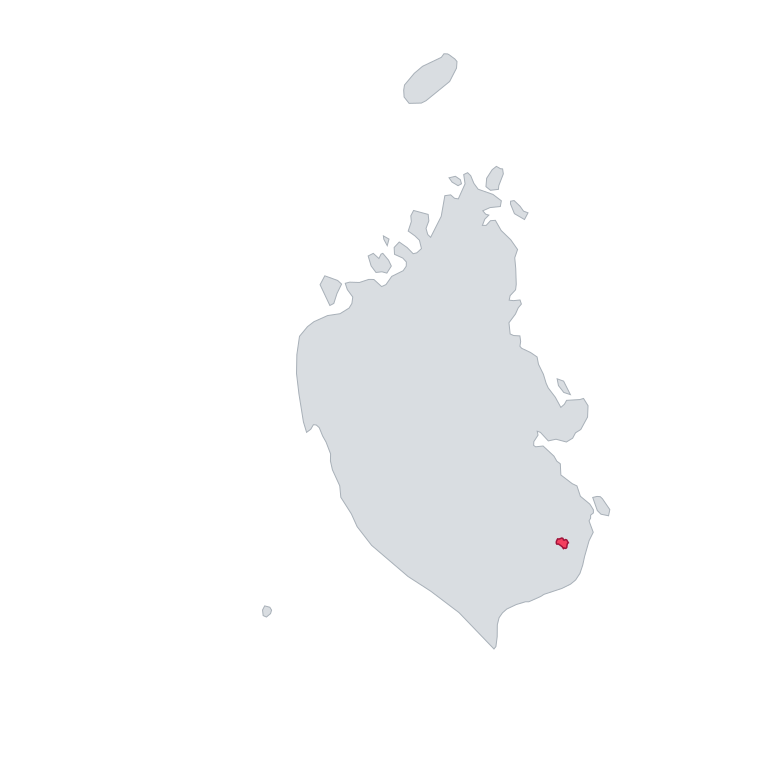 Dongducheon-si, Gyeonggi, South Korea (highlighted), rotated 159°
{"feature_id": "91817680B11345954741605", "entity_name": "Dongducheon-si", "entity_type": "district", "adm_level": 2, "iso_a3": "KOR", "parent_name": "South Korea", "parent_adm1": "Gyeonggi", "projection": "equal_earth", "projection_center": [127.075, 37.911], "detail": "fine", "context": "in_parent", "style": "filled", "palette": "rose", "viewbox_px": 768, "rotation_deg": 159, "n_neighbors": 0, "source": "geoboundaries", "source_scale": "gbopen_adm2", "svg_char_len": 3793}
<svg xmlns="http://www.w3.org/2000/svg" viewBox="0 0 768 768"><g transform="rotate(159 384 384)"><path d="M239.2,184.7L241.6,182.8L241.7,179.9L241.8,170.6L248.7,164.2L258.6,151.0L263.4,143.7L268.9,137.0L275.3,132.4L281.5,130.3L291.3,129.4L310.1,130.3L313.8,129.5L326.9,128.8L330.0,130.0L339.5,130.7L350.1,129.9L355.4,127.9L360.3,124.6L364.5,118.6L368.9,107.5L373.6,98.8L376.3,97.2L395.9,143.7L414.6,173.8L430.5,195.6L453.4,237.8L460.2,260.4L461.0,274.4L464.9,293.7L461.8,304.8L462.9,322.3L461.6,331.3L458.9,337.9L458.9,350.6L459.9,357.4L460.1,366.5L461.9,370.0L464.5,371.3L468.6,368.0L473.6,366.6L472.8,377.5L467.0,405.1L461.9,425.2L454.8,442.7L445.8,458.8L434.8,465.0L427.0,467.3L412.2,468.1L399.9,465.4L389.4,467.4L385.1,470.7L382.0,476.4L384.4,485.3L384.1,491.9L379.6,491.4L370.6,487.6L360.7,487.1L356.0,485.2L351.3,475.8L346.5,476.1L338.2,481.7L325.5,482.9L321.0,486.0L319.4,489.9L321.3,494.8L327.7,501.3L325.6,507.8L318.9,511.1L313.5,503.1L310.1,495.2L306.4,494.7L300.5,497.0L299.4,505.5L302.1,511.3L306.6,518.1L300.3,525.8L298.7,531.4L294.2,535.4L282.0,526.5L283.7,520.2L289.0,514.2L289.6,507.9L287.9,504.2L270.5,520.0L259.7,538.0L254.0,536.7L251.6,532.1L248.3,530.2L236.6,541.8L234.5,551.0L230.2,551.3L228.4,547.4L228.2,539.1L226.3,532.1L214.3,521.9L208.8,513.0L211.8,508.0L221.8,510.7L229.7,510.3L228.2,506.1L225.6,504.1L230.9,501.7L235.3,496.8L231.7,495.5L226.1,498.3L221.4,496.9L219.6,485.3L214.0,473.3L211.1,461.7L216.7,455.0L219.6,444.7L224.8,429.7L227.4,424.8L234.6,421.3L237.1,417.4L233.2,415.4L226.9,413.7L227.1,409.4L231.4,407.0L236.2,402.2L245.4,396.4L248.3,385.5L245.6,382.8L239.9,380.2L241.2,374.7L243.6,370.5L242.7,368.0L235.9,360.9L231.4,354.4L232.7,347.1L231.7,335.9L232.4,326.6L232.1,321.5L228.8,310.2L227.3,298.8L222.9,300.4L219.4,303.3L206.8,299.3L202.9,299.0L201.3,290.6L205.8,280.2L216.6,271.0L222.7,269.8L227.3,265.8L234.5,264.5L243.2,270.8L251.0,272.0L255.3,282.8L257.9,285.0L258.5,281.1L264.8,276.5L266.3,273.0L264.9,271.0L257.7,269.1L251.2,255.8L250.3,250.0L248.0,246.3L251.5,235.7L244.0,223.5L240.4,219.7L240.9,208.8L237.0,201.9L234.9,198.1L233.6,191.6L234.7,188.6L238.1,187.5L239.2,184.7ZM213.4,668.4L209.7,670.8L206.4,669.4L205.4,668.3L201.4,662.1L200.3,658.9L203.1,652.9L214.3,642.9L243.3,633.4L248.5,632.9L260.0,637.0L262.4,644.7L260.3,651.3L257.7,655.8L244.4,663.2L234.1,666.8L213.4,668.4ZM408.1,499.6L400.5,506.2L390.2,497.3L387.8,492.5L395.5,485.3L402.0,477.2L406.4,476.7L408.1,499.6ZM353.7,498.8L352.9,509.2L347.2,509.8L343.8,503.0L340.2,506.3L338.3,506.4L335.4,498.0L334.9,491.5L341.6,486.5L345.7,489.5L351.5,491.0L353.7,498.8ZM206.2,545.3L201.1,546.9L198.2,543.3L196.2,542.3L197.3,537.4L205.8,528.0L207.4,524.7L215.2,526.7L218.1,531.7L214.4,539.3L206.2,545.3ZM230.2,189.4L229.8,203.3L225.4,202.7L222.5,201.3L221.2,198.6L218.2,185.8L221.6,180.5L228.1,184.7L230.2,189.4ZM201.4,506.8L200.3,509.3L196.8,508.6L193.3,501.2L191.8,495.4L188.2,492.2L193.9,487.2L201.2,496.3L201.4,506.8ZM221.7,320.0L220.5,326.8L215.3,322.3L213.8,307.3L219.2,311.7L221.7,320.0ZM578.4,216.5L574.9,219.6L570.6,216.5L570.0,213.2L572.2,210.3L577.3,208.6L579.8,211.1L578.4,216.5ZM248.1,548.1L249.4,553.2L242.9,552.3L239.5,547.4L239.9,543.2L243.8,542.6L248.1,548.1ZM332.3,519.2L331.5,522.5L327.4,517.5L331.4,512.0L332.3,519.2Z" fill="#d9dde1" stroke="#a8b0b8" stroke-width="1"/><path d="M268.8,169.7L269.2,172.2L269.2,172.6L269.6,173.2L270.3,173.7L270.9,173.7L271.7,173.6L272.3,174.1L272.3,175.0L272.3,175.7L273.2,176.5L274.2,176.5L275.1,176.5L276.2,176.5L277.1,177.1L277.3,177.2L278.1,176.7L278.5,176.1L279.4,175.4L280.0,174.2L280.2,173.4L280.0,172.5L278.8,172.2L278.3,171.8L277.4,170.5L276.0,168.3L275.5,166.1L274.7,166.5L273.8,165.6L272.6,165.5L271.8,166.1L271.3,167.2L270.8,168.1L270.1,169.1L269.3,169.6L268.8,169.7Z" fill="#f43f5e" stroke="#9f1239" stroke-width="1.5"/></g></svg>